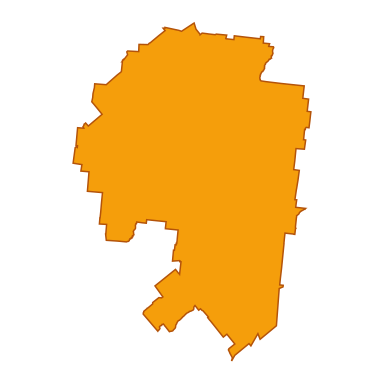 outline of Longreach, Queensland, Australia
{"feature_id": "25037944B74261156915694", "entity_name": "Longreach", "entity_type": "district", "adm_level": 2, "iso_a3": "AUS", "parent_name": "Australia", "parent_adm1": "Queensland", "projection": "albers", "projection_center": [143.955, -23.876], "detail": "fine", "context": "isolated", "style": "filled", "palette": "amber", "viewbox_px": 384, "rotation_deg": 0, "n_neighbors": 0, "source": "geoboundaries", "source_scale": "gbopen_adm2", "svg_char_len": 5571}
<svg xmlns="http://www.w3.org/2000/svg" viewBox="0 0 384 384"><path d="M163.1,28.2L165.1,30.6L158.6,35.8L150.1,42.9L149.4,43.1L148.0,44.6L139.0,44.4L138.7,51.6L127.8,51.0L127.6,51.0L126.8,51.9L127.6,54.8L127.3,55.2L123.8,59.7L123.5,59.3L122.5,60.3L122.4,61.4L122.1,61.7L122.4,61.7L121.4,71.4L120.9,72.1L117.2,75.0L106.2,84.7L94.7,83.8L94.4,87.6L93.0,93.6L92.7,97.5L91.8,101.8L96.5,107.4L102.1,114.3L88.3,126.0L85.6,123.0L85.0,123.6L84.8,123.8L84.3,124.0L84.1,124.2L84.0,124.5L84.0,124.9L83.9,125.2L83.4,126.2L83.2,126.4L83.0,126.6L83.1,127.3L83.6,127.7L83.7,127.9L83.8,128.2L77.6,127.7L76.0,145.5L77.5,145.7L77.3,147.5L76.2,146.9L75.2,147.6L73.1,163.2L81.9,164.6L80.9,171.1L89.0,171.8L87.4,191.3L102.5,192.6L101.5,202.7L100.7,212.1L100.1,217.7L99.9,217.7L99.4,224.0L106.6,224.4L105.8,234.1L105.6,234.1L106.3,240.3L117.9,241.1L126.4,241.9L127.5,241.5L128.3,241.4L128.8,241.1L129.0,240.8L129.3,240.5L129.4,239.8L129.7,239.3L129.7,239.1L129.8,238.9L130.1,238.9L130.3,239.0L130.6,239.0L130.8,238.8L130.8,238.6L130.8,238.3L130.9,238.1L131.7,238.1L132.0,238.0L132.0,237.9L131.7,237.5L131.7,237.3L131.9,237.2L132.2,237.2L132.7,236.9L132.9,236.6L132.9,236.4L132.5,236.4L132.4,236.3L132.4,235.8L132.6,235.6L133.8,235.0L133.9,234.8L133.9,234.4L133.7,234.0L133.6,233.7L133.6,233.2L133.6,232.9L133.5,232.7L133.5,231.9L133.3,231.6L133.3,231.4L133.6,230.9L133.8,230.3L134.0,230.2L134.3,229.9L134.7,229.6L135.4,228.5L135.5,228.1L135.5,227.5L135.5,227.2L135.5,226.5L135.4,226.2L135.4,225.9L135.4,225.2L135.5,224.9L135.8,224.7L135.9,224.2L135.8,223.9L135.8,223.7L136.2,223.4L136.4,223.4L136.5,223.4L136.5,223.2L136.6,222.8L136.8,222.4L136.8,222.0L142.3,222.8L146.3,223.2L146.7,219.7L166.1,221.7L165.5,227.4L165.4,227.6L165.5,227.9L165.4,228.7L178.1,230.0L177.3,238.1L177.1,240.7L176.9,242.0L176.7,243.5L176.2,243.4L176.1,244.9L175.1,244.8L174.4,250.3L173.5,250.2L172.5,261.1L179.7,260.6L179.9,260.7L179.8,261.7L181.0,261.8L179.6,274.2L179.4,273.9L179.2,273.8L178.4,273.1L175.5,269.4L155.0,285.9L162.9,296.9L161.6,297.9L158.9,297.6L152.7,302.5L152.6,304.0L148.3,307.6L148.2,307.6L147.3,308.4L147.1,308.4L147.1,308.5L143.8,311.3L143.7,312.2L143.4,312.6L143.3,312.8L143.2,314.1L157.8,331.2L158.0,330.8L158.3,330.6L158.3,330.3L159.2,329.8L159.9,328.6L159.9,328.0L159.5,327.3L159.5,326.6L160.3,326.0L160.5,325.7L161.0,325.6L161.6,325.5L161.9,324.5L162.3,324.5L163.4,324.0L164.4,325.2L164.5,325.7L164.9,326.0L165.2,326.3L165.4,326.6L166.1,327.4L166.3,327.7L169.4,331.7L170.6,331.3L171.5,331.2L172.0,331.1L172.8,330.8L173.6,329.7L174.5,328.9L175.3,327.9L175.5,327.4L175.7,325.6L176.0,324.6L176.7,323.7L176.9,322.9L177.1,322.4L177.8,321.5L177.9,321.2L178.2,320.9L178.4,320.6L178.9,320.5L179.4,320.3L181.7,318.2L182.0,317.6L182.5,317.3L182.9,316.7L183.1,316.6L183.5,316.4L184.0,315.9L185.0,314.8L185.6,314.4L185.7,314.0L186.2,313.7L186.8,313.1L187.2,313.0L187.5,312.8L188.0,312.5L188.5,312.4L188.8,312.2L189.1,311.9L189.2,311.5L189.4,311.4L190.4,311.3L191.0,311.1L192.0,310.6L193.0,310.1L193.3,309.9L193.6,309.5L193.7,309.2L193.8,308.6L193.8,307.5L194.0,306.9L194.4,306.2L195.0,305.5L198.7,310.2L200.5,308.8L201.1,309.4L201.2,309.5L202.0,310.4L202.9,310.7L208.4,317.0L207.7,317.6L209.8,320.3L210.0,320.4L214.1,325.5L223.3,337.1L226.9,334.2L234.8,344.0L228.9,348.7L228.9,349.2L228.6,349.4L228.4,349.9L229.6,352.3L229.6,352.5L230.0,353.4L232.4,357.9L231.7,360.2L231.6,361.0L234.8,355.3L249.0,343.6L250.9,345.9L257.9,333.7L260.1,339.3L276.4,325.8L279.2,288.5L283.0,286.9L283.2,285.3L279.7,284.9L280.5,277.3L281.6,267.8L284.0,243.5L283.9,243.4L284.6,236.6L285.0,233.1L293.8,234.1L293.9,234.3L294.8,234.4L295.5,228.6L295.9,228.3L295.4,227.3L296.4,217.7L296.6,216.9L296.6,215.7L298.5,214.3L299.0,213.7L299.1,213.4L299.2,213.2L299.5,212.5L299.7,212.3L299.8,212.2L300.2,212.0L300.4,211.7L300.9,211.3L301.0,211.3L301.3,211.1L301.4,210.9L302.0,210.5L302.5,210.5L303.2,210.0L303.8,209.5L304.9,209.3L305.0,209.3L305.1,209.1L305.2,208.6L305.5,208.4L295.7,207.3L296.2,203.3L296.7,199.8L294.9,199.7L296.4,189.5L296.5,189.2L296.9,186.8L298.0,180.1L299.3,170.4L293.7,169.6L294.8,160.8L296.0,148.6L304.4,149.2L304.8,146.3L305.7,140.0L303.5,139.7L303.7,138.7L304.6,129.5L305.2,129.6L305.3,129.6L305.5,128.2L306.2,127.4L309.0,127.8L309.9,120.6L310.5,115.0L310.9,111.8L307.2,111.3L308.2,102.6L308.6,99.1L302.8,98.3L304.2,85.9L281.4,83.5L266.4,81.7L261.0,80.9L260.7,80.5L260.3,80.2L260.2,79.9L260.1,79.6L260.2,79.3L259.9,79.1L259.8,78.8L259.9,78.1L259.8,77.7L259.9,77.4L259.8,77.1L260.0,76.8L260.2,76.5L260.1,76.1L260.1,75.3L260.5,75.0L260.4,74.7L260.7,74.3L260.6,73.9L261.0,73.5L261.7,72.0L262.2,71.6L262.5,71.7L262.8,71.5L263.2,70.6L263.4,70.2L263.7,70.1L263.9,69.8L264.1,69.1L264.5,68.7L264.4,68.5L264.5,68.2L264.5,67.6L264.4,67.4L264.6,67.1L264.7,66.8L264.6,66.5L264.4,66.0L264.8,65.1L265.5,64.1L265.4,63.7L265.5,63.4L266.1,62.7L266.6,62.5L266.9,61.9L267.6,61.5L268.3,60.8L268.4,60.6L268.9,59.9L269.0,59.5L269.2,59.2L269.5,59.1L269.8,59.3L270.5,58.9L270.5,58.7L270.8,58.4L271.3,58.2L271.1,58.0L271.3,57.7L271.3,57.3L271.4,57.1L271.5,56.8L271.3,56.6L271.3,56.0L271.5,55.6L271.8,55.7L272.1,55.4L272.3,55.1L272.6,54.5L272.6,54.1L272.6,53.8L273.0,53.2L272.9,53.0L272.8,52.6L272.6,52.2L272.6,50.6L272.9,49.3L273.1,48.8L273.3,48.5L273.7,47.8L273.7,47.5L273.6,47.2L273.4,46.8L268.7,46.4L269.6,43.7L263.3,43.1L263.7,36.7L260.6,36.5L260.3,38.8L246.1,37.2L234.3,35.8L233.9,39.6L226.2,38.8L225.8,38.6L226.7,35.1L216.2,34.1L215.2,34.7L208.1,33.9L207.0,33.7L202.1,33.1L200.1,34.8L200.0,34.2L196.0,29.2L194.1,23.0L181.5,31.3L179.0,30.4L165.0,27.4L165.0,28.1L163.1,28.2Z" fill="#f59e0b" stroke="#b45309" stroke-width="1.5"/></svg>